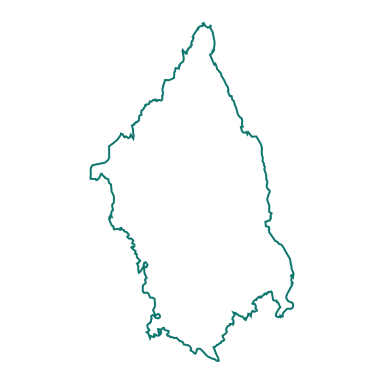 outline of Yangon (North), Yangon, Myanmar
{"feature_id": "60261553B66884558345744", "entity_name": "Yangon (North)", "entity_type": "district", "adm_level": 2, "iso_a3": "MMR", "parent_name": "Myanmar", "parent_adm1": "Yangon", "projection": "equal_earth", "projection_center": [96.121, 17.31], "detail": "fine", "context": "isolated", "style": "outline", "palette": "teal", "viewbox_px": 384, "rotation_deg": 0, "n_neighbors": 0, "source": "geoboundaries", "source_scale": "gbopen_adm2", "svg_char_len": 6028}
<svg xmlns="http://www.w3.org/2000/svg" viewBox="0 0 384 384"><path d="M90.5,178.7L95.7,179.1L96.0,179.8L97.0,180.1L99.4,177.7L101.0,173.8L101.7,173.8L103.1,175.8L104.7,177.0L104.9,177.8L108.2,179.2L109.2,183.1L111.0,184.4L111.6,191.5L113.8,196.0L113.9,197.3L113.9,201.8L113.4,203.2L112.4,204.2L112.1,205.4L113.0,210.2L112.0,210.8L111.6,211.8L111.0,214.8L111.7,216.8L110.2,216.1L110.2,217.9L109.3,217.5L109.1,219.2L110.6,222.9L111.9,225.6L113.5,226.4L113.5,228.1L114.1,229.4L117.8,228.8L119.9,229.7L120.0,228.9L120.6,229.2L120.9,227.9L121.4,228.0L121.8,229.2L123.8,230.0L124.3,231.4L126.2,231.8L128.7,234.3L128.7,235.3L127.2,236.7L128.6,238.3L129.5,238.7L131.2,238.4L133.3,240.5L132.1,243.1L134.4,244.6L134.5,246.0L133.3,247.3L132.1,246.6L131.4,247.6L134.1,250.1L135.5,250.8L135.1,253.6L136.6,253.9L136.9,257.3L139.6,260.0L140.0,261.2L138.9,261.9L138.4,262.9L137.0,263.5L138.3,266.3L138.3,270.3L138.8,272.7L140.3,271.7L143.2,267.1L144.2,262.9L145.7,262.2L147.6,265.1L146.2,267.3L144.5,266.5L143.9,267.0L144.6,273.4L146.7,278.0L145.4,279.0L145.0,280.1L145.7,281.8L145.7,282.9L142.8,285.7L142.8,291.4L144.1,292.9L147.2,292.6L148.4,293.6L150.3,297.7L152.5,297.7L154.5,298.8L155.1,304.4L154.8,306.7L153.1,310.2L155.5,315.6L157.6,314.1L158.8,314.1L159.9,315.6L159.8,317.4L158.1,318.4L155.6,317.7L153.4,315.3L152.6,315.0L151.1,316.3L151.6,318.8L150.9,320.0L151.1,321.4L150.5,321.8L150.1,323.1L149.4,323.1L147.5,324.7L147.3,325.8L147.8,328.2L149.4,330.0L148.5,330.6L148.4,331.7L146.7,332.2L148.6,334.0L150.0,338.2L150.9,336.0L153.8,337.1L154.1,335.9L154.6,336.0L154.2,334.3L155.5,334.5L156.8,335.5L158.6,335.7L160.0,334.7L161.2,332.9L161.1,332.2L160.2,331.7L159.3,333.2L158.8,333.3L158.1,329.2L160.4,329.4L161.2,330.0L162.8,328.0L164.0,327.9L164.6,329.9L168.7,331.1L168.5,332.8L166.9,334.6L167.9,335.9L169.3,335.8L170.2,337.1L172.5,337.1L173.9,338.1L176.6,337.8L179.7,341.0L182.5,341.7L183.9,344.5L188.4,345.3L190.4,347.0L191.0,348.2L191.1,349.0L190.5,350.3L193.3,352.1L194.4,353.4L195.1,353.7L195.8,353.3L197.2,348.9L198.4,348.6L200.8,349.2L207.4,356.3L212.0,358.6L214.7,359.2L216.4,360.6L218.4,361.0L218.7,360.8L218.3,358.3L215.8,353.1L213.6,347.1L215.3,346.7L217.1,344.8L218.2,344.7L219.7,343.2L220.8,342.9L221.4,341.5L223.2,340.9L224.3,339.9L222.4,335.9L226.1,333.2L226.9,331.7L226.0,329.3L227.7,326.1L229.7,325.4L230.1,324.9L229.9,324.1L232.8,323.8L233.0,323.3L233.2,324.0L233.6,323.1L233.3,320.2L232.5,319.5L232.6,317.5L233.3,317.1L234.5,315.2L234.2,313.8L233.5,312.6L234.7,313.1L235.6,312.8L236.5,314.1L237.7,314.4L238.7,315.5L241.5,316.6L242.4,316.4L244.8,319.5L245.7,320.0L246.0,319.5L245.7,318.1L246.8,317.8L247.9,315.9L248.3,313.7L249.3,314.0L250.8,316.2L251.1,313.6L252.3,311.2L252.9,310.8L254.1,311.8L257.0,310.6L256.7,309.6L255.4,308.3L256.0,306.4L254.8,304.0L253.1,304.1L252.4,303.6L254.1,300.7L255.5,299.8L256.4,299.9L256.3,299.1L259.0,296.8L259.8,296.6L260.0,297.6L261.0,297.6L262.7,295.6L264.6,294.5L264.5,293.7L266.4,293.2L266.7,294.0L267.9,293.0L268.3,292.0L269.9,292.0L271.0,291.4L271.8,292.2L273.1,299.8L273.7,300.4L276.5,300.7L276.6,301.4L277.2,301.6L277.1,302.3L278.4,303.1L280.2,307.4L278.3,309.6L276.7,312.5L275.9,314.2L275.9,315.9L277.9,317.2L279.0,316.6L280.2,317.1L280.3,316.4L280.5,316.8L281.0,316.4L281.0,316.8L281.9,316.8L282.8,316.3L282.6,314.6L283.5,312.5L287.1,308.8L291.3,308.8L292.8,307.2L293.2,305.5L292.6,303.0L288.1,301.1L286.2,297.8L286.4,296.2L287.2,294.0L292.2,284.8L291.6,283.6L292.7,282.9L291.9,282.2L291.3,280.1L291.8,277.2L290.9,275.8L292.4,274.7L293.1,276.5L293.5,274.4L293.5,273.2L291.7,269.1L291.3,265.2L290.6,263.8L290.8,262.6L290.4,261.9L290.1,259.2L282.6,246.1L281.0,244.5L279.1,244.0L277.2,241.7L275.4,241.1L269.2,232.2L269.1,229.7L268.8,229.6L269.3,228.6L269.0,227.2L268.1,226.6L265.9,226.3L265.4,221.8L267.2,221.4L268.2,220.5L269.6,220.6L270.9,218.2L270.4,217.8L270.4,217.0L270.8,216.8L270.6,215.4L271.6,213.3L269.4,212.2L269.1,211.1L269.3,205.6L267.5,200.9L267.3,198.5L268.8,193.9L269.8,191.9L269.4,190.1L267.9,189.2L266.8,187.1L266.6,185.5L267.3,183.5L267.3,181.1L266.4,179.9L266.1,174.5L264.2,169.2L264.6,168.7L264.8,166.6L263.9,165.2L264.0,163.7L262.5,160.9L262.8,157.8L261.9,154.9L261.7,150.7L262.0,148.5L261.0,144.4L256.4,136.5L251.7,136.6L248.3,132.2L247.4,134.2L246.5,132.0L245.0,132.8L243.0,132.3L241.8,130.7L240.9,126.9L242.7,126.7L241.9,124.2L242.3,121.9L242.0,119.0L239.3,116.4L237.9,114.5L236.0,107.4L234.8,104.8L233.8,101.2L232.2,99.5L231.6,96.1L229.8,96.0L227.8,91.1L228.5,90.1L227.7,86.7L226.3,85.0L223.8,79.6L221.6,76.1L220.8,73.2L217.1,69.0L216.2,65.6L215.3,63.7L214.3,64.6L210.0,54.7L211.6,53.7L212.1,52.3L213.1,52.0L212.7,50.4L214.1,50.2L213.8,48.2L214.3,46.9L214.6,42.3L212.7,32.3L210.4,28.1L210.9,24.9L209.8,26.8L207.8,27.7L205.2,25.8L203.7,23.0L202.8,23.4L202.5,23.7L203.0,25.3L202.6,26.0L200.1,26.2L198.9,27.5L198.3,27.5L197.8,28.3L198.1,29.2L196.8,30.1L193.4,35.2L193.2,36.7L192.7,37.0L193.6,38.1L192.7,39.9L192.7,40.6L191.9,41.1L191.6,42.6L191.1,43.3L191.8,45.1L190.5,46.0L190.7,47.0L188.2,48.5L188.4,49.3L187.1,50.6L186.6,53.7L185.6,53.7L185.0,52.1L183.8,51.6L182.8,50.0L182.5,50.8L183.8,58.6L183.2,61.4L180.4,63.6L179.9,65.3L179.2,65.4L178.9,66.7L179.2,67.5L178.9,68.6L175.7,68.1L175.3,68.7L175.2,71.1L174.2,72.4L174.3,74.6L173.9,78.0L169.0,80.2L165.0,80.0L163.7,84.7L163.2,85.2L163.2,86.6L162.4,89.1L163.0,93.4L162.7,95.2L162.1,95.7L162.4,97.8L162.2,99.1L161.4,100.5L158.2,99.9L157.0,101.1L156.3,100.8L155.7,99.5L154.9,99.5L154.7,100.3L152.9,100.1L151.7,101.4L150.6,101.8L149.9,101.5L148.8,104.1L146.0,104.6L145.9,105.4L145.1,105.4L145.2,106.4L143.8,108.1L143.5,109.1L141.4,110.7L141.2,112.6L141.4,114.9L139.9,115.4L139.1,116.3L139.1,119.9L137.6,121.8L136.1,122.0L136.0,122.7L134.3,123.5L134.2,124.7L131.9,125.5L133.1,129.6L133.0,131.6L133.7,135.8L133.3,138.6L130.8,134.7L129.8,137.4L128.4,138.1L125.9,136.4L124.8,137.2L124.2,137.0L122.4,134.1L121.0,133.7L121.1,134.4L117.7,139.3L113.3,143.2L109.1,146.2L109.2,157.8L107.8,160.3L105.1,162.6L92.6,165.2L91.0,167.5L90.6,170.3L90.8,174.5L90.5,178.7Z" fill="none" stroke="#0f766e" stroke-width="2"/></svg>